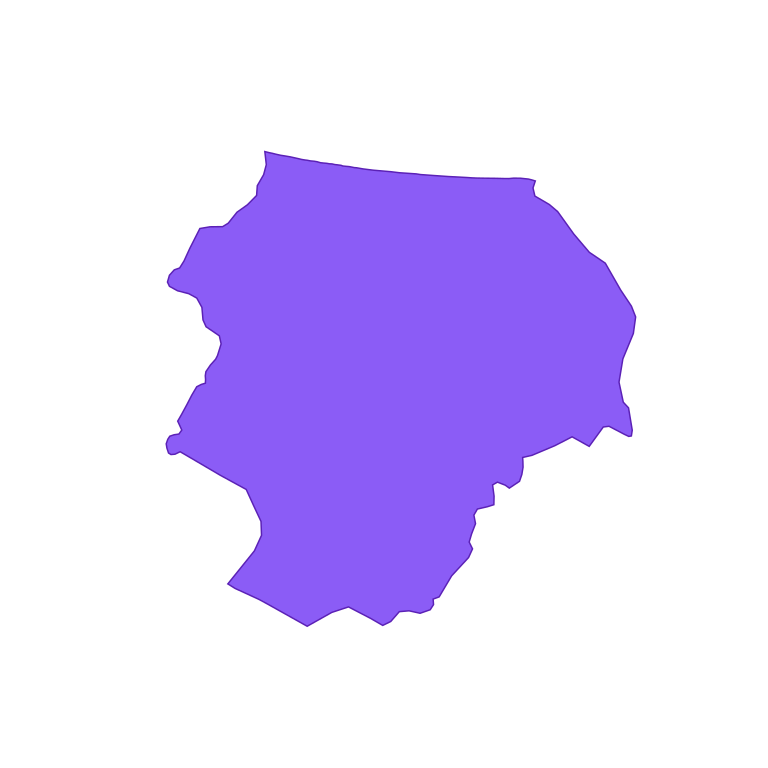 the district of Salinas, Canelones, Uruguay, rotated 210°
{"feature_id": "84410073B77165260459869", "entity_name": "Salinas", "entity_type": "district", "adm_level": 2, "iso_a3": "URY", "parent_name": "Uruguay", "parent_adm1": "Canelones", "projection": "robinson", "projection_center": [-55.842, -34.745], "detail": "fine", "context": "isolated", "style": "filled", "palette": "violet", "viewbox_px": 768, "rotation_deg": 210, "n_neighbors": 0, "source": "geoboundaries", "source_scale": "gbopen_adm2", "svg_char_len": 2259}
<svg xmlns="http://www.w3.org/2000/svg" viewBox="0 0 768 768"><g transform="rotate(210 384 384)"><path d="M354.5,635.5L357.9,634.7L361.4,633.7L368.8,630.4L374.8,627.0L378.5,624.4L382.9,621.9L389.7,618.2L400.2,612.3L406.5,608.8L411.3,606.3L415.2,604.4L423.7,600.1L431.7,596.0L444.2,589.9L457.2,583.6L461.1,582.1L470.1,577.7L476.2,574.7L484.4,571.2L500.2,563.8L509.7,559.8L516.0,557.5L517.8,556.6L519.6,556.0L522.5,555.0L524.1,554.3L526.0,553.4L528.7,552.2L530.6,551.9L532.7,551.0L534.2,550.4L536.2,549.5L539.1,548.6L541.4,547.4L543.9,546.5L546.9,545.1L549.6,543.9L553.2,543.0L555.9,542.0L559.1,540.5L562.3,539.4L564.4,538.5L567.6,537.3L571.3,536.2L574.8,535.1L578.9,533.8L583.5,532.1L587.9,530.4L592.7,528.9L595.9,528.0L599.2,526.9L603.4,525.7L595.6,515.1L592.9,505.1L592.9,492.4L588.6,483.6L591.9,470.9L597.2,459.3L599.3,445.4L602.4,439.6L613.2,433.2L621.2,426.6L620.0,404.4L618.7,390.5L619.0,382.3L622.7,378.0L624.2,370.9L622.5,364.0L618.6,361.3L609.4,361.5L598.2,364.6L589.1,364.8L580.0,359.3L572.8,349.0L566.7,344.6L550.7,343.4L545.1,337.3L542.4,325.3L542.2,321.3L543.8,313.7L544.4,305.6L542.9,301.8L540.8,298.7L539.1,295.4L542.0,292.3L544.8,288.0L544.9,278.1L544.4,267.7L544.1,256.1L544.1,248.7L540.0,245.8L536.1,243.0L536.6,238.1L540.4,235.1L543.4,231.7L543.6,228.0L542.7,223.3L540.0,220.0L536.1,216.5L533.2,216.4L529.9,218.7L526.7,223.4L521.1,223.4L480.0,223.1L450.6,223.8L436.0,213.4L421.8,203.5L414.4,191.7L412.8,174.7L419.3,132.8L410.7,132.5L385.1,134.9L374.7,135.2L329.4,135.8L315.0,160.1L303.3,173.2L278.5,174.3L264.4,174.3L259.4,181.7L256.9,194.5L248.9,200.1L238.1,203.5L231.1,211.6L230.8,217.7L233.9,222.3L229.8,227.2L229.5,251.7L224.0,276.0L224.9,285.5L231.2,289.7L233.2,298.0L234.9,308.8L240.6,315.4L240.6,322.4L233.1,329.4L228.5,334.4L232.6,341.9L239.5,350.9L236.7,355.7L228.5,357.0L223.4,356.5L221.1,361.2L218.0,367.5L219.4,374.6L222.0,381.5L225.0,386.4L227.2,389.7L220.2,396.2L205.2,416.0L194.7,432.3L175.1,432.6L172.6,456.4L168.0,459.9L150.7,460.6L145.8,461.0L143.8,462.7L145.9,468.1L160.3,485.6L167.7,487.9L181.4,503.1L189.7,525.2L193.3,552.4L199.6,567.9L208.6,575.1L226.0,583.7L252.8,599.3L272.0,600.7L294.7,608.8L319.7,620.1L330.5,622.1L347.3,622.2L353.0,628.3L354.5,635.5Z" fill="#8b5cf6" stroke="#5b21b6" stroke-width="1.5"/></g></svg>